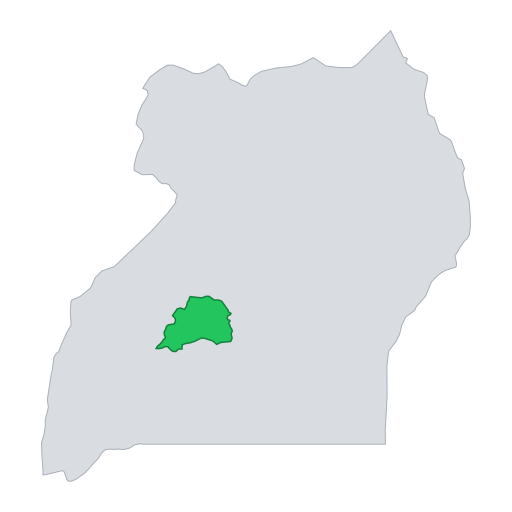 where Mubende sits in Uganda
{"feature_id": "UGA-3093", "entity_name": "Mubende", "entity_type": "District", "adm_level": 1, "iso_a3": "UGA", "parent_name": "Uganda", "parent_adm1": "", "projection": "orthographic", "projection_center": [31.514, 0.518], "detail": "fine", "context": "in_parent", "style": "filled", "palette": "green", "viewbox_px": 512, "rotation_deg": 0, "n_neighbors": 0, "source": "natural_earth", "source_scale": "10m", "svg_char_len": 3199}
<svg xmlns="http://www.w3.org/2000/svg" viewBox="0 0 512 512"><path d="M385.4,444.2L376.8,444.2L362.7,444.2L348.6,444.2L334.6,444.2L320.5,444.2L306.4,444.2L292.3,444.2L278.3,444.2L264.2,444.2L250.1,444.2L236.0,444.2L221.9,444.2L207.9,444.2L193.8,444.2L179.7,444.2L165.6,444.2L151.5,444.2L143.2,444.2L141.5,444.0L140.4,443.7L135.1,444.7L129.6,448.1L123.7,449.6L117.5,449.0L116.7,449.4L113.5,449.3L109.0,449.1L104.8,450.0L101.7,453.0L98.5,458.2L92.7,464.2L88.2,469.5L84.4,473.3L75.6,479.5L70.8,481.3L68.4,481.0L67.0,479.8L64.2,471.9L62.5,470.6L45.4,474.7L42.8,474.8L43.1,472.3L41.8,453.7L41.6,442.3L43.9,435.1L45.2,426.9L45.3,419.6L48.4,407.3L47.3,399.8L51.3,373.9L52.4,369.6L53.9,357.1L56.5,353.2L58.7,351.7L61.6,344.0L67.2,331.7L71.1,325.3L70.3,311.5L70.9,302.1L71.8,300.0L80.1,296.5L90.8,287.7L95.3,277.5L101.8,271.0L114.2,266.7L151.0,231.6L168.1,212.6L175.5,202.9L175.8,199.4L177.2,194.9L174.2,191.3L170.7,188.1L169.5,185.1L166.4,183.6L162.0,183.6L159.1,181.5L155.8,177.2L152.5,174.5L142.1,174.7L134.1,170.4L134.2,164.5L137.3,152.8L143.4,139.4L143.8,135.7L142.9,132.5L141.4,129.8L138.7,127.2L136.1,124.0L138.1,114.3L142.0,104.9L145.1,100.2L148.2,94.9L147.3,90.6L142.8,88.4L145.2,84.2L150.0,77.1L159.4,69.9L167.6,65.1L173.1,65.1L183.8,68.9L193.5,73.4L198.8,73.7L205.3,71.8L218.7,63.8L221.9,66.3L225.8,71.2L230.0,79.2L238.5,82.9L242.5,85.4L245.4,86.2L247.0,85.5L250.2,79.2L254.1,75.7L261.2,71.4L276.9,67.9L288.2,66.9L292.9,66.1L300.9,64.1L313.4,57.6L325.9,66.0L339.3,67.6L352.3,67.5L356.3,65.0L358.6,63.0L372.2,49.3L390.7,30.7L403.1,56.9L407.3,58.4L406.7,60.7L405.7,62.9L413.8,69.2L423.7,72.5L427.3,75.8L427.6,79.3L424.3,94.6L424.9,98.9L428.2,114.3L434.1,117.7L439.4,133.2L450.0,139.7L451.5,141.6L454.0,149.1L457.3,157.3L459.8,159.2L461.4,159.7L464.5,168.4L462.7,173.3L465.2,188.2L469.2,201.4L470.3,217.3L470.4,224.3L470.2,228.6L469.4,234.6L467.5,238.1L464.1,241.5L460.3,246.9L457.1,252.6L455.0,255.4L456.6,264.0L456.2,266.2L455.4,267.3L450.6,268.6L444.4,270.9L440.7,273.2L435.4,277.6L431.2,282.3L425.6,296.1L416.2,306.9L414.7,310.5L405.8,316.9L401.9,324.8L399.5,334.5L396.0,341.5L388.6,351.1L386.9,366.2L387.1,396.4L385.2,430.7L385.4,444.2Z" fill="#d9dde1" stroke="#a8b0b8" stroke-width="1"/><path d="M184.4,309.5L186.5,306.4L187.4,302.2L188.1,301.0L189.2,300.1L189.1,298.6L190.2,296.6L201.7,297.9L206.2,296.3L209.0,296.3L214.2,300.0L218.6,300.0L221.7,301.2L228.2,310.4L228.3,311.5L229.0,312.3L230.1,312.8L231.0,313.5L230.1,314.9L228.1,315.6L227.0,317.7L227.8,319.8L228.8,320.0L229.8,320.4L229.9,321.3L229.4,322.0L228.8,322.6L228.6,323.4L229.9,325.0L230.2,326.8L231.6,328.9L232.3,331.2L231.5,332.6L231.2,334.4L232.1,338.1L230.7,341.5L220.6,342.5L216.7,344.4L212.9,341.0L207.4,339.2L204.5,338.3L201.1,338.1L195.0,341.2L190.1,342.8L185.1,343.7L182.2,344.8L182.0,349.0L178.4,349.1L176.0,351.5L172.8,351.4L170.2,349.4L168.0,346.8L165.0,346.6L162.0,348.1L159.1,348.6L156.2,348.5L157.6,346.0L159.9,344.2L161.9,342.0L163.6,339.5L164.7,338.6L165.5,337.6L165.0,336.2L164.3,334.8L164.2,331.8L165.7,329.1L166.4,326.5L168.2,324.9L173.7,324.0L174.8,323.4L174.8,322.4L175.3,321.2L175.6,320.0L174.5,317.5L172.5,315.6L177.3,308.8L180.7,308.0L184.4,309.5Z" fill="#22c55e" stroke="#15803d" stroke-width="1.5"/></svg>